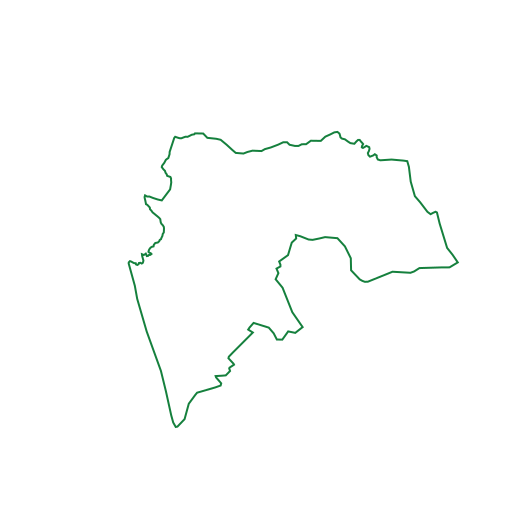 outline of Cerro de las Cuentas, Cerro Largo, Uruguay, rotated 137°
{"feature_id": "84410073B63196441313182", "entity_name": "Cerro de las Cuentas", "entity_type": "district", "adm_level": 2, "iso_a3": "URY", "parent_name": "Uruguay", "parent_adm1": "Cerro Largo", "projection": "natural_earth1", "projection_center": [-54.465, -32.625], "detail": "fine", "context": "isolated", "style": "outline", "palette": "green", "viewbox_px": 512, "rotation_deg": 137, "n_neighbors": 0, "source": "geoboundaries", "source_scale": "gbopen_adm2", "svg_char_len": 3221}
<svg xmlns="http://www.w3.org/2000/svg" viewBox="0 0 512 512"><g transform="rotate(137 256 256)"><path d="M217.0,387.3L218.1,387.1L220.3,388.5L222.4,389.1L224.7,389.8L226.2,391.3L228.0,392.1L230.3,393.0L231.6,394.3L232.7,396.2L233.8,398.3L235.3,398.1L248.2,391.0L249.8,389.4L251.4,388.5L253.4,387.4L255.0,387.7L256.4,387.8L259.5,386.7L263.0,386.1L264.3,385.3L264.6,382.5L264.5,380.4L265.4,378.5L265.6,376.6L266.3,375.2L265.4,373.5L264.7,372.2L265.2,370.7L266.4,369.4L267.8,367.6L270.2,365.7L273.4,363.3L287.0,360.9L289.3,364.3L291.7,368.6L293.4,372.2L295.1,373.8L295.8,376.0L297.3,375.1L298.3,373.6L299.1,372.1L300.1,370.5L301.1,368.9L300.6,367.6L300.6,365.8L300.6,363.9L301.6,362.5L301.6,360.3L301.9,358.5L301.6,356.4L301.3,354.0L301.0,351.9L300.8,349.8L300.9,348.2L301.9,346.8L302.8,345.4L303.2,344.1L303.2,341.8L303.6,340.1L304.6,338.8L306.0,337.4L307.4,336.1L309.2,335.7L310.8,334.5L312.7,333.8L314.0,333.1L315.4,333.4L316.7,332.8L318.6,332.8L320.8,334.2L323.0,333.9L324.4,332.9L326.0,333.8L327.5,334.0L328.9,333.8L330.4,333.3L331.8,332.4L331.7,331.1L331.1,329.9L331.1,328.8L332.5,328.9L333.7,329.8L334.9,329.7L335.9,330.4L335.4,331.5L335.0,332.9L336.4,333.0L337.4,333.3L338.2,335.1L339.0,334.0L339.5,333.2L340.2,331.8L340.7,330.9L341.4,329.5L342.5,328.7L343.5,328.2L344.7,328.4L345.2,329.9L346.4,330.7L347.5,330.1L348.9,330.4L349.5,331.7L348.9,332.7L350.0,333.9L350.6,335.5L351.0,336.9L351.7,338.2L353.4,338.1L354.2,337.4L364.9,316.9L372.1,305.7L387.4,275.4L403.9,236.8L414.2,218.4L426.6,197.4L430.1,190.7L431.3,185.7L429.8,184.8L419.5,185.4L405.9,193.8L395.3,195.8L392.3,196.2L375.5,187.7L370.2,185.4L368.3,186.6L368.0,194.4L367.4,195.7L362.2,191.4L359.5,189.3L353.4,189.6L352.3,192.0L351.5,192.4L346.2,191.5L345.9,192.5L345.9,200.0L344.5,200.9L338.6,201.2L310.5,202.2L311.9,207.5L309.5,208.1L303.4,208.7L295.5,194.9L295.8,187.4L297.7,180.7L293.8,176.9L283.9,178.9L279.7,173.0L270.4,172.2L267.8,190.1L258.2,214.7L257.5,225.6L251.3,228.2L249.6,232.8L245.3,231.7L244.1,232.9L242.8,236.2L232.0,234.8L224.7,239.1L220.7,241.4L214.7,241.4L212.6,244.2L210.1,240.2L206.3,232.2L203.6,229.2L197.7,225.6L192.6,222.7L184.3,213.5L184.4,202.4L188.2,189.7L196.2,180.7L196.1,168.2L195.2,165.3L194.0,162.9L191.7,160.9L166.9,151.4L154.5,138.4L151.0,136.9L144.7,135.7L128.4,121.4L122.2,115.7L112.8,113.7L111.4,122.9L110.7,131.6L99.5,154.6L94.0,164.4L94.5,165.9L97.1,166.8L99.8,167.5L100.5,171.4L99.3,183.4L99.0,191.4L92.1,204.9L83.4,216.9L80.7,222.2L83.1,225.2L91.1,234.1L99.8,241.2L101.1,243.5L100.4,245.9L99.2,247.2L99.7,249.4L101.7,249.6L104.9,250.9L105.0,253.1L104.0,255.0L102.0,255.7L99.9,256.9L99.0,258.4L100.2,261.3L102.1,261.6L104.1,262.1L104.5,263.3L103.5,264.1L101.3,264.8L101.2,266.2L101.2,268.5L101.0,270.2L102.2,271.3L104.7,271.3L107.5,271.0L110.0,274.2L110.7,277.0L111.4,280.7L113.1,283.3L113.3,285.1L112.1,287.3L111.5,288.6L111.8,291.2L114.4,293.0L118.9,294.3L123.9,296.0L130.1,296.0L137.3,302.9L143.1,303.6L146.3,306.5L149.8,307.5L152.5,310.0L155.6,314.5L155.7,318.0L158.5,320.6L163.8,322.3L171.2,325.3L176.6,328.1L180.4,329.0L186.7,335.4L191.3,337.9L195.3,339.5L200.5,345.2L201.0,349.7L201.6,357.4L202.6,365.1L205.1,368.8L211.0,375.6L211.1,381.6L217.0,387.3Z" fill="none" stroke="#15803d" stroke-width="2"/></g></svg>